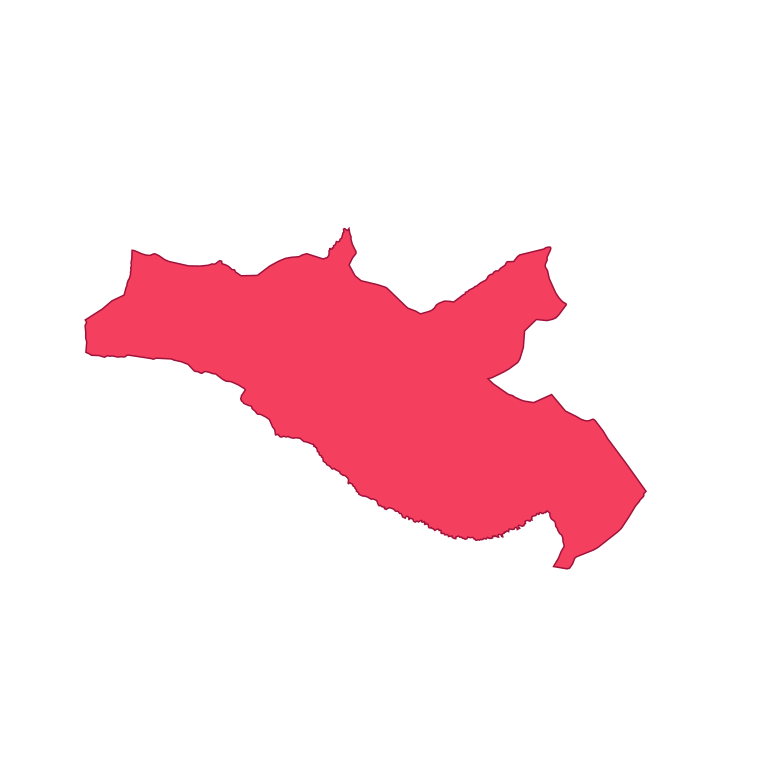 outline of Djolu, Équateur, Democratic Republic of the Congo, rotated 142°
{"feature_id": "63176286B56364191841329", "entity_name": "Djolu", "entity_type": "district", "adm_level": 2, "iso_a3": "COD", "parent_name": "Democratic Republic of the Congo", "parent_adm1": "Équateur", "projection": "albers", "projection_center": [22.514, 0.679], "detail": "fine", "context": "isolated", "style": "filled", "palette": "rose", "viewbox_px": 768, "rotation_deg": 142, "n_neighbors": 0, "source": "geoboundaries", "source_scale": "gbopen_adm2", "svg_char_len": 6171}
<svg xmlns="http://www.w3.org/2000/svg" viewBox="0 0 768 768"><g transform="rotate(142 384 384)"><path d="M315.9,528.1L318.2,527.5L318.7,527.8L319.2,530.6L320.5,531.0L322.1,528.5L323.2,528.4L327.6,525.0L329.6,525.1L330.7,524.0L332.6,524.2L333.8,525.6L336.1,524.0L336.9,523.7L338.6,524.0L339.7,522.8L340.9,523.0L341.1,522.4L342.2,522.5L342.9,523.8L343.4,524.1L344.2,523.1L345.1,523.0L347.4,520.1L349.0,519.1L350.8,518.6L354.9,519.9L364.7,534.3L369.0,536.0L372.7,536.7L379.0,540.9L384.4,543.7L391.3,545.6L401.3,547.3L416.3,547.5L417.4,547.9L430.0,557.3L432.1,563.9L431.5,565.5L431.7,566.3L433.3,567.6L434.0,572.2L435.5,575.5L437.6,578.5L436.3,580.8L437.7,582.4L442.8,582.5L444.4,583.2L445.6,584.5L449.4,585.8L456.5,590.3L465.2,597.3L478.0,612.9L480.3,617.1L482.3,623.6L484.1,627.3L485.5,628.4L489.2,629.4L492.0,631.9L494.6,635.5L498.7,643.0L500.2,644.5L505.7,637.9L508.6,635.4L510.2,632.7L511.9,631.7L513.4,629.3L514.9,628.3L516.2,626.5L519.7,623.9L521.3,623.4L523.8,621.9L526.7,619.3L527.6,619.0L534.1,614.1L547.0,617.0L560.0,616.5L580.0,618.4L580.3,616.0L581.0,615.2L583.1,614.4L584.1,613.3L587.1,608.5L590.6,604.1L592.5,600.0L599.4,592.5L597.3,588.4L596.9,586.8L591.0,581.8L587.8,577.2L584.3,576.4L582.7,574.4L581.1,573.7L577.0,568.9L575.0,567.8L572.0,565.2L571.0,564.8L568.9,564.9L567.6,564.1L551.8,547.4L550.6,545.6L547.6,544.6L536.2,534.7L534.6,531.9L530.1,526.5L526.3,520.1L525.5,511.2L524.5,509.6L522.8,508.0L522.0,505.8L521.2,504.8L520.7,504.5L518.0,504.3L517.0,503.7L515.0,501.5L512.7,497.8L510.5,495.6L508.2,486.8L506.8,483.6L503.1,480.0L499.5,473.4L496.9,466.4L496.9,464.7L503.7,462.5L504.7,461.4L505.9,460.8L506.7,458.7L506.3,456.6L506.4,455.0L503.7,450.1L502.3,448.4L502.2,447.7L503.1,445.8L502.2,441.4L502.4,439.4L502.1,438.0L499.8,435.8L497.3,430.3L496.2,426.6L498.3,418.5L498.1,416.8L498.5,414.8L500.8,410.7L498.5,409.4L498.5,406.6L497.4,405.2L495.5,404.8L493.5,402.3L492.0,401.8L490.4,399.0L488.7,397.0L486.6,395.9L483.6,393.0L482.6,388.1L480.8,386.1L476.6,379.3L477.6,378.3L477.5,377.8L476.7,377.2L477.0,376.2L476.4,375.5L477.1,373.3L478.0,371.9L477.4,370.1L478.4,368.5L478.4,367.5L477.5,366.0L478.2,365.0L477.6,363.6L479.4,360.5L478.4,357.9L478.7,355.5L477.3,352.5L477.2,348.9L474.9,347.8L475.1,346.6L473.0,342.5L473.5,340.2L472.4,337.1L471.9,337.1L470.9,335.2L470.5,332.3L470.8,330.5L473.4,327.8L473.2,327.2L471.9,327.3L471.3,326.7L471.4,326.1L470.4,324.2L471.0,323.5L471.1,322.2L470.4,320.9L471.0,319.8L470.9,317.6L471.8,316.4L471.3,315.5L471.1,313.6L471.7,312.6L469.9,309.0L468.4,307.6L466.7,305.4L465.0,301.0L463.8,300.6L462.0,297.9L461.6,296.3L462.9,292.3L462.8,291.0L461.6,290.6L461.3,288.8L459.5,286.4L460.4,285.4L459.4,283.7L457.9,283.8L455.7,283.1L453.4,279.4L453.3,276.9L451.2,274.8L451.4,272.5L450.3,271.4L450.3,270.6L451.2,267.8L449.9,265.2L448.0,266.0L447.2,265.6L446.5,263.5L447.7,262.4L447.7,261.8L445.8,261.9L444.4,259.6L445.1,257.9L444.9,256.7L444.1,255.8L442.8,255.8L442.2,255.3L441.7,254.0L439.2,253.9L438.4,253.2L439.2,252.2L438.5,251.2L437.1,250.8L437.5,249.8L436.9,248.9L438.3,248.6L438.3,248.1L437.1,247.7L435.5,246.4L436.9,244.0L437.0,243.1L436.3,242.1L435.0,241.7L435.1,240.4L434.1,239.5L434.2,237.4L431.5,236.9L430.6,236.3L430.4,235.6L430.8,234.7L429.4,233.8L429.3,233.0L430.7,231.8L430.7,230.8L428.9,229.5L428.7,228.6L429.1,227.9L428.7,227.4L426.8,226.3L426.6,225.4L427.1,224.1L424.0,222.4L424.7,221.0L423.4,218.5L422.6,217.9L421.7,219.1L419.1,218.5L418.6,217.6L418.7,216.8L417.2,215.7L417.2,214.2L416.1,213.4L416.1,212.4L415.2,211.5L414.1,211.0L412.2,211.8L410.8,209.9L408.5,208.4L408.2,207.6L408.5,206.5L407.8,205.6L407.9,204.6L407.1,203.7L405.5,203.3L405.0,202.3L403.4,202.0L403.0,201.3L401.9,200.7L400.1,200.7L399.0,199.0L396.9,199.4L396.0,197.4L394.1,196.1L393.0,195.9L392.3,197.1L391.7,197.2L390.9,196.0L389.6,195.8L389.6,194.6L388.7,194.2L388.5,193.2L387.9,192.8L387.6,194.2L387.2,194.7L386.0,194.8L384.6,193.0L385.1,191.5L384.6,190.4L384.2,190.8L383.9,192.1L383.2,192.9L381.1,192.4L380.2,193.2L379.5,192.4L377.7,192.6L376.6,190.9L375.0,192.6L374.2,192.4L372.6,190.5L371.0,189.5L369.4,190.1L368.4,189.9L367.7,189.1L368.6,187.3L365.8,186.8L365.9,188.9L365.3,189.6L364.8,189.6L364.1,189.1L362.7,186.8L360.9,186.2L360.5,186.9L358.3,187.0L357.6,188.8L356.6,188.9L354.4,187.9L354.0,186.6L353.4,186.0L352.0,186.5L351.1,185.7L350.8,186.8L350.2,187.0L349.5,188.2L348.1,188.3L345.4,186.9L343.1,187.7L342.5,186.1L341.9,186.0L340.9,186.8L340.0,186.6L339.2,184.7L338.2,183.9L336.6,184.0L335.8,183.1L333.7,183.7L332.8,180.2L334.5,177.7L335.2,174.9L334.2,170.9L334.3,169.5L336.3,166.1L336.3,163.8L337.1,161.6L337.6,158.0L337.0,155.7L337.8,152.7L339.9,149.7L341.8,145.2L347.6,142.9L353.6,139.4L362.8,135.8L353.6,125.7L351.2,124.6L346.1,126.2L340.9,129.3L338.6,129.3L321.0,124.2L316.1,123.5L290.9,123.6L285.9,124.1L272.5,128.6L261.0,133.0L254.6,134.4L254.2,134.9L248.9,135.6L247.9,136.1L247.1,137.5L243.6,138.1L242.1,173.2L241.4,203.0L240.3,211.8L240.1,225.1L240.5,226.9L241.1,227.7L245.4,229.0L247.2,230.3L248.9,232.4L250.6,235.2L252.5,240.1L257.7,251.0L258.4,272.5L277.5,277.2L284.1,284.3L286.3,287.7L289.2,293.5L289.7,295.6L292.1,298.8L292.7,300.2L297.9,317.2L298.8,324.2L295.0,322.5L282.4,319.8L275.9,318.9L265.4,318.6L261.5,320.1L251.7,327.0L240.5,339.3L224.2,341.0L216.5,333.6L211.5,331.3L207.9,330.3L203.5,330.9L191.6,334.2L191.2,335.1L192.7,339.1L193.1,344.1L192.6,350.2L188.9,365.3L185.3,372.8L184.9,376.4L184.5,377.5L183.2,379.0L179.1,381.2L177.7,383.3L170.4,387.1L169.2,388.0L168.6,389.2L169.6,390.3L172.4,391.8L174.8,391.9L197.7,402.2L200.7,402.1L206.4,400.7L211.5,404.4L212.6,404.4L215.7,403.0L219.7,403.4L222.0,403.3L223.7,402.8L224.6,403.0L226.2,404.3L229.0,404.5L230.0,403.9L230.9,403.8L232.8,404.8L235.6,404.8L237.6,403.7L239.6,403.2L246.0,404.3L250.5,404.1L252.3,404.8L254.2,404.6L259.0,405.6L261.3,405.4L263.4,406.1L264.7,404.9L266.5,405.5L278.7,405.7L281.0,408.4L285.3,412.1L290.9,413.8L294.1,414.0L297.6,412.8L301.1,412.7L303.9,413.5L312.1,416.8L314.2,422.0L318.3,428.7L318.9,431.1L322.6,457.5L323.3,459.4L327.6,465.8L338.5,479.5L340.2,487.1L338.2,499.3L331.2,502.7L325.7,504.1L324.6,505.5L322.9,513.7L320.8,518.6L319.3,520.3L318.4,523.4L315.9,528.1Z" fill="#f43f5e" stroke="#9f1239" stroke-width="1.5"/></g></svg>